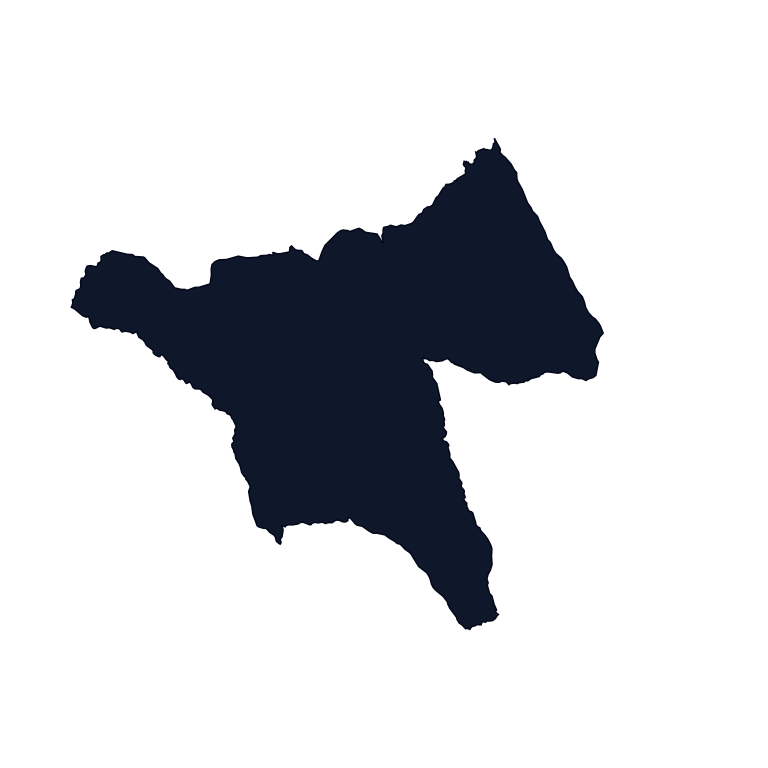 San Bernardo, Cundinamarca, Colombia, rotated 328°
{"feature_id": "7082276B63706767253124", "entity_name": "San Bernardo", "entity_type": "district", "adm_level": 2, "iso_a3": "COL", "parent_name": "Colombia", "parent_adm1": "Cundinamarca", "projection": "equal_earth", "projection_center": [-74.363, 4.131], "detail": "fine", "context": "isolated", "style": "filled", "palette": "ink", "viewbox_px": 768, "rotation_deg": 328, "n_neighbors": 0, "source": "geoboundaries", "source_scale": "gbopen_adm2", "svg_char_len": 6159}
<svg xmlns="http://www.w3.org/2000/svg" viewBox="0 0 768 768"><g transform="rotate(328 384 384)"><path d="M329.7,636.2L333.2,637.3L335.3,637.3L338.7,639.7L341.2,637.6L344.1,639.9L346.3,639.6L347.4,640.7L350.8,642.2L354.1,641.9L357.8,640.2L358.8,640.2L357.7,636.1L359.7,635.3L360.6,629.1L363.2,621.1L362.5,617.6L365.0,609.3L366.9,607.9L368.0,603.8L371.0,600.9L375.9,598.0L380.0,594.3L384.0,586.9L388.2,580.9L389.1,577.7L389.7,571.4L389.5,566.2L388.3,559.9L389.0,556.6L387.8,555.1L387.4,552.0L388.3,550.1L390.9,540.5L390.4,538.6L389.0,537.4L388.8,535.2L389.3,531.7L391.1,528.8L390.4,526.9L390.4,524.5L391.3,523.5L392.9,523.1L393.7,519.0L394.5,518.6L395.6,516.7L395.0,512.0L397.7,509.0L397.4,503.7L399.6,500.7L400.5,498.1L401.1,485.5L400.5,481.6L402.7,478.3L404.7,471.5L406.2,470.6L406.7,469.3L406.3,466.1L404.4,464.0L404.3,462.0L405.1,461.2L408.3,460.8L410.6,459.1L411.6,457.6L411.1,453.2L411.5,451.9L413.5,450.8L415.1,447.4L416.6,446.3L417.5,442.0L418.6,440.7L419.7,437.8L420.4,435.0L420.1,430.6L420.7,427.4L423.4,427.4L429.0,411.5L428.5,403.9L430.1,401.8L431.6,398.6L431.2,390.5L429.1,387.6L429.3,385.3L430.4,382.8L433.5,385.1L435.1,388.2L438.4,390.2L440.3,392.7L445.6,395.1L451.1,395.8L452.4,398.6L452.7,401.4L453.7,402.4L454.4,404.6L460.2,412.2L461.8,415.9L466.6,422.4L472.3,425.8L472.5,427.4L475.7,435.8L477.7,439.1L480.0,441.9L483.1,443.7L485.4,443.9L488.9,446.9L489.6,450.8L491.7,450.7L495.7,452.7L496.9,454.1L499.8,454.7L503.7,456.6L505.7,456.2L507.7,457.5L511.4,457.3L519.7,459.9L521.7,459.1L523.9,459.6L526.4,459.1L529.3,460.4L537.2,467.0L539.4,467.9L542.3,467.8L543.1,468.5L545.5,471.9L547.6,478.0L552.0,482.7L554.6,484.1L557.1,488.0L560.3,488.1L564.7,489.3L568.2,489.0L577.4,479.1L577.5,476.0L579.3,469.1L581.5,465.9L592.1,458.4L596.8,457.1L598.2,449.7L598.3,446.3L597.6,440.7L596.2,437.6L595.2,432.1L595.5,426.3L597.4,420.5L598.4,415.1L597.2,408.2L597.3,403.2L598.2,396.2L598.0,391.8L600.9,381.6L601.2,375.6L600.9,370.9L598.8,364.3L598.8,359.9L600.0,352.2L599.2,348.1L601.1,340.3L602.0,328.3L603.0,323.2L601.5,316.0L602.1,312.6L601.7,306.4L604.3,292.7L604.8,282.6L605.6,280.2L608.5,274.8L607.9,271.6L608.3,264.9L606.9,256.0L605.8,253.3L605.1,249.7L605.4,248.5L606.8,247.0L607.2,245.7L607.8,234.0L606.2,238.1L604.1,238.3L601.7,241.1L599.3,242.4L597.3,241.8L596.2,240.2L594.6,239.4L593.4,237.4L587.7,236.1L585.8,236.9L584.7,235.9L583.2,240.1L581.4,241.5L579.0,242.0L578.4,244.2L576.9,244.0L576.5,245.0L573.7,243.5L572.9,241.8L572.9,240.5L572.1,240.8L571.9,239.0L570.9,238.7L570.0,237.6L567.9,239.6L567.5,241.1L568.0,242.7L567.9,244.4L565.9,246.2L564.6,249.1L555.3,248.8L553.4,249.2L553.0,249.8L551.3,249.0L550.1,249.9L548.1,249.8L545.4,249.3L542.3,247.6L539.9,249.2L538.2,249.1L529.7,253.3L527.0,253.6L520.0,258.0L516.4,258.0L514.9,256.9L510.1,257.1L507.2,259.3L503.2,258.8L494.7,262.3L492.0,262.4L485.6,260.8L482.7,258.2L477.6,257.2L473.6,252.8L471.5,252.7L466.7,251.0L465.2,252.4L463.2,255.6L460.8,257.1L458.5,263.1L457.9,263.4L457.2,262.5L457.6,260.6L457.6,253.1L449.4,246.2L448.2,244.7L447.0,241.3L445.3,238.7L435.8,236.6L435.0,235.1L431.0,231.8L428.8,231.1L424.8,231.1L407.4,235.2L401.8,238.8L394.4,244.7L393.1,244.6L392.0,244.1L389.3,239.2L387.3,233.7L385.1,231.2L385.0,227.3L381.1,224.5L379.7,222.4L378.7,217.9L376.6,218.3L373.8,221.9L365.2,218.6L362.4,217.0L359.9,213.9L359.4,213.7L358.6,215.6L357.8,215.8L355.3,213.4L353.4,213.1L347.5,209.9L344.2,209.6L334.7,204.5L328.2,198.4L316.5,195.0L309.8,191.3L305.5,190.7L301.5,191.6L298.7,194.5L295.4,200.1L290.1,206.3L288.9,206.8L278.5,204.0L274.7,201.8L266.8,200.3L265.3,198.3L262.2,196.3L257.4,191.6L256.7,183.2L254.8,179.2L254.2,175.9L254.3,173.9L253.4,171.6L253.3,166.2L248.9,156.7L247.8,149.7L246.9,148.6L240.2,143.8L239.2,140.9L235.0,138.0L224.1,127.0L220.1,127.1L218.2,126.0L215.9,126.4L214.5,125.8L211.6,125.9L209.6,129.4L208.1,130.3L205.5,130.0L203.1,132.3L202.0,132.0L197.9,128.1L195.1,126.9L194.0,127.0L190.6,129.8L189.2,133.5L185.8,135.0L183.3,134.0L180.8,136.5L178.8,140.3L176.8,142.1L172.9,141.7L171.7,142.1L170.2,144.4L166.5,147.7L164.4,147.5L162.8,150.8L159.5,153.2L161.4,156.4L164.7,166.6L167.1,169.7L168.2,169.7L169.2,171.2L167.5,175.5L166.8,181.6L167.3,183.1L168.4,183.8L173.7,184.3L178.2,189.4L180.7,190.5L184.3,194.8L186.1,194.7L188.4,196.4L189.0,197.2L189.2,200.4L189.6,201.1L192.5,202.0L196.1,205.2L197.9,208.2L201.5,208.4L201.7,209.9L200.9,214.4L203.1,218.9L203.4,222.3L203.0,224.1L203.4,226.4L205.7,232.0L205.9,233.7L204.9,235.0L205.0,236.6L205.6,238.6L207.7,241.7L208.7,241.9L211.0,240.8L211.9,243.4L212.3,248.0L213.1,250.5L211.5,252.4L211.9,254.0L211.3,256.8L212.7,260.3L212.6,264.9L212.1,268.0L212.5,271.0L213.4,272.2L215.1,272.2L216.0,273.2L216.4,274.4L216.5,278.1L217.1,279.0L220.2,279.2L220.7,281.2L220.2,285.5L221.0,287.7L225.7,291.1L226.3,295.2L229.1,300.3L230.5,305.9L229.8,307.8L227.3,310.5L227.6,315.7L229.5,315.8L230.6,318.8L234.5,322.5L235.4,324.5L235.1,325.9L237.1,328.5L237.3,330.5L236.8,332.5L237.1,334.1L236.3,341.2L235.8,342.1L232.8,344.1L231.5,347.3L227.0,349.9L226.4,353.4L223.1,354.3L221.7,357.0L221.6,359.7L220.7,362.3L220.8,364.2L218.9,368.6L218.9,374.4L218.3,378.2L216.4,383.7L216.5,387.5L217.1,390.6L216.4,391.5L216.9,394.3L216.2,400.3L212.3,403.4L208.5,412.4L207.2,417.6L203.9,424.7L201.3,437.0L202.1,438.9L205.5,442.7L207.3,443.8L207.9,445.3L208.4,448.9L210.7,454.1L210.8,455.9L209.4,460.4L210.4,463.6L211.1,464.8L212.5,464.2L213.9,460.5L216.5,459.6L221.1,454.3L222.3,449.9L224.4,452.7L225.5,452.2L227.8,452.5L232.2,455.2L237.2,457.2L239.4,457.1L241.9,458.1L246.4,464.0L247.4,464.6L249.7,464.0L252.0,464.7L254.7,467.0L258.2,468.2L260.7,471.5L262.6,471.7L266.8,474.2L270.2,473.9L272.2,474.5L274.6,476.8L275.5,478.6L278.2,480.6L280.9,480.7L282.2,478.9L283.5,478.6L284.6,480.7L285.5,487.4L286.4,489.5L290.2,493.1L293.4,500.8L295.6,504.7L298.9,506.7L304.9,512.5L306.6,517.0L309.8,523.3L310.6,526.2L312.5,527.9L313.2,529.7L314.3,535.4L316.4,540.4L316.8,542.7L316.7,557.1L320.3,566.9L320.2,571.3L319.6,574.7L318.2,578.9L317.9,583.0L318.7,586.8L321.6,595.4L322.3,602.6L321.5,604.4L321.0,609.0L321.9,620.5L321.2,622.1L321.1,626.4L322.6,630.0L323.5,634.9L325.0,635.1L326.7,637.6L329.7,636.2Z" fill="#0f172a" stroke="#020617" stroke-width="1.5"/></g></svg>